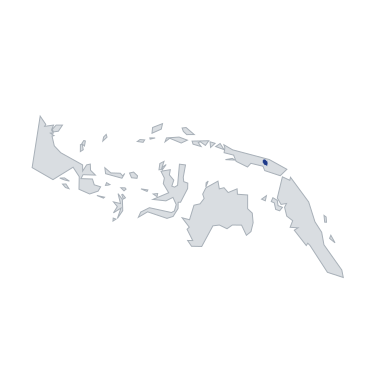 location of Ciamis, Jawa Barat, Indonesia, rotated 188°
{"feature_id": "22746128B17121530580660", "entity_name": "Ciamis", "entity_type": "district", "adm_level": 2, "iso_a3": "IDN", "parent_name": "Indonesia", "parent_adm1": "Jawa Barat", "projection": "robinson", "projection_center": [108.425, -7.311], "detail": "fine", "context": "in_parent", "style": "filled", "palette": "blue", "viewbox_px": 384, "rotation_deg": 188, "n_neighbors": 0, "source": "geoboundaries", "source_scale": "gbopen_adm2", "svg_char_len": 5124}
<svg xmlns="http://www.w3.org/2000/svg" viewBox="0 0 384 384"><g transform="rotate(188 192 192)"><path d="M132.1,156.7L138.3,166.1L147.5,164.9L152.2,160.5L160.3,163.1L166.6,161.4L174.8,139.4L184.9,138.2L189.6,143.4L184.5,144.0L191.7,154.4L189.8,156.8L198.2,165.1L190.6,164.2L188.2,179.2L182.4,181.4L179.1,187.3L181.1,191.4L178.9,198.0L167.8,206.4L165.4,198.9L160.9,200.7L156.1,196.5L147.8,201.4L146.7,196.1L136.5,196.8L134.6,183.2L129.4,179.5L127.2,170.1L128.1,161.0L132.1,156.7ZM30.3,128.4L46.7,131.3L67.7,155.5L70.2,157.4L71.4,154.9L85.4,168.4L82.0,171.3L89.9,170.7L88.3,177.6L94.8,181.3L98.2,189.8L96.8,193.8L102.1,192.1L106.7,197.9L104.6,219.6L96.8,217.2L96.5,220.3L75.1,198.4L66.1,179.6L58.0,170.2L54.0,158.1L32.8,135.6L30.3,128.4ZM353.7,193.9L352.9,246.0L346.2,238.6L347.1,236.5L338.4,239.0L339.8,233.8L337.5,231.1L338.3,230.7L339.7,230.9L340.5,230.6L336.5,228.6L338.4,227.9L334.8,218.5L327.4,212.6L304.1,203.6L303.2,197.5L300.1,204.2L296.6,205.5L295.5,199.4L290.0,195.3L302.3,194.0L303.8,189.8L292.4,191.0L289.8,185.5L283.2,184.4L285.1,179.8L293.1,175.8L304.3,179.0L305.8,191.5L313.2,200.0L331.4,184.9L353.7,193.9ZM240.0,165.0L232.0,170.5L209.5,168.8L206.8,170.8L205.9,177.4L210.1,184.0L216.6,179.6L229.7,179.2L215.0,188.0L221.6,196.3L221.3,202.0L225.6,208.2L216.6,211.1L216.8,205.8L211.7,201.2L212.8,195.0L210.0,194.4L207.2,196.6L208.3,217.8L202.2,217.9L202.7,205.3L201.6,201.1L197.4,200.2L196.8,194.8L201.9,180.3L204.3,179.9L203.5,173.7L207.3,165.2L213.1,162.4L233.2,166.2L241.6,159.5L240.0,165.0ZM106.9,220.4L122.9,223.3L125.3,227.4L137.7,228.6L140.5,224.5L152.6,228.5L155.9,234.3L165.7,235.4L165.6,240.3L167.0,243.2L157.6,239.4L120.0,234.9L101.2,227.7L106.9,220.4ZM260.1,166.2L266.9,160.4L263.9,167.1L268.4,171.3L261.2,170.6L265.0,180.1L259.9,174.9L258.0,163.9L262.2,155.4L260.1,166.2ZM263.3,195.9L280.1,198.1L281.7,203.9L275.0,199.6L265.6,200.6L262.9,198.3L261.2,201.0L263.3,195.9ZM224.8,242.0L212.4,244.6L203.8,242.7L209.5,239.0L221.5,242.1L225.7,237.9L224.8,242.0ZM189.3,238.3L197.6,239.5L199.0,242.4L182.5,245.1L185.2,240.0L190.8,242.9L192.7,241.8L189.3,238.3ZM239.8,244.6L240.0,250.4L230.7,255.6L231.2,250.0L239.8,244.6ZM106.7,186.4L109.0,192.7L112.2,193.6L111.1,197.6L106.4,195.6L104.9,190.5L100.3,189.4L102.6,185.6L106.7,186.4ZM335.9,239.3L329.6,240.2L332.8,233.6L337.6,232.2L339.1,234.6L335.9,239.3ZM205.2,248.1L209.0,250.8L210.7,254.0L206.8,255.0L197.8,249.2L205.2,248.1ZM253.9,197.7L256.5,202.1L252.6,203.6L248.2,200.4L248.4,197.9L253.9,197.7ZM166.1,238.4L174.9,240.3L170.9,243.9L166.1,238.4ZM179.8,238.7L181.1,244.2L175.9,243.4L179.8,238.7ZM122.1,194.6L117.8,198.7L118.2,193.5L122.1,194.6ZM308.2,216.5L309.1,223.4L307.2,223.7L305.6,218.7L308.2,216.5ZM163.4,228.7L156.7,230.9L153.9,229.6L163.4,228.7ZM227.8,209.4L227.8,215.7L224.0,218.4L225.5,210.0L227.8,209.4ZM43.3,161.6L49.3,165.2L48.5,168.5L43.3,161.6ZM58.0,187.2L55.7,185.9L54.6,180.8L56.4,180.6L58.0,187.2ZM285.0,237.1L283.8,234.5L287.4,230.0L287.2,234.1L285.0,237.1ZM278.8,173.6L285.7,175.3L277.9,174.7L278.8,173.6ZM236.6,186.3L243.0,188.0L236.0,187.9L236.6,186.3ZM224.8,212.5L221.4,215.6L224.4,210.0L224.8,212.5ZM314.3,178.2L317.9,178.8L321.3,181.8L318.0,182.4L314.3,178.2ZM253.2,234.4L250.8,236.7L246.1,237.0L247.3,234.4L253.2,234.4ZM307.9,224.6L306.3,227.9L304.7,227.7L304.9,222.6L307.9,224.6ZM263.1,186.3L258.9,186.8L257.7,185.7L259.5,183.7L263.1,186.3ZM314.9,185.7L320.0,186.2L324.9,187.4L320.2,188.2L314.9,185.7ZM226.0,182.5L230.2,184.6L225.8,185.7L226.0,182.5ZM266.4,155.2L263.5,154.6L266.2,152.2L266.4,155.2ZM236.0,240.4L240.8,238.5L241.3,239.7L236.0,240.4ZM278.6,186.5L277.9,189.4L274.3,187.9L276.1,187.1L278.6,186.5ZM179.3,203.1L177.5,205.1L179.0,199.0L179.3,203.1ZM259.0,175.5L261.2,179.5L260.3,180.1L257.1,177.0L259.0,175.5Z" fill="#d9dde1" stroke="#a8b0b8" stroke-width="1"/><path d="M123.3,229.7L123.2,229.6L122.9,229.6L123.0,229.6L122.9,229.6L122.7,229.6L122.4,229.6L122.2,229.6L121.9,229.6L121.7,229.5L121.8,229.6L122.0,229.7L122.0,229.8L122.0,229.7L122.1,229.8L122.0,230.0L121.9,230.2L122.0,230.3L121.9,230.3L122.0,230.3L121.9,230.3L121.9,230.5L121.9,230.8L121.9,231.0L121.9,231.3L122.0,231.4L122.2,231.5L122.3,231.6L122.5,231.7L122.5,231.8L122.6,231.7L122.6,231.8L122.6,231.7L122.7,231.8L122.7,231.7L122.7,231.8L122.8,231.8L123.0,231.9L123.3,231.9L123.3,232.0L123.3,231.9L123.3,232.0L123.3,232.4L123.5,232.4L123.5,232.5L123.5,232.9L123.5,233.0L123.8,233.2L123.9,233.3L124.0,233.3L124.3,233.3L124.2,233.4L124.2,233.5L124.3,233.6L124.5,233.6L124.8,233.5L125.0,233.5L125.0,233.4L125.2,233.0L125.1,232.9L125.3,232.7L125.3,232.8L125.5,232.8L125.4,232.8L125.5,232.8L125.6,232.7L125.5,232.4L125.4,232.3L125.4,232.2L125.3,231.9L125.2,231.9L125.1,232.2L124.9,232.2L124.9,232.3L124.8,232.2L124.7,232.2L124.7,232.3L124.6,232.5L124.5,232.4L124.4,232.4L124.2,232.3L124.0,232.2L123.9,232.2L123.9,231.9L124.0,231.9L124.3,231.9L124.5,231.7L124.4,231.7L124.5,231.7L124.5,231.4L124.6,231.2L124.7,230.9L124.6,230.7L124.4,230.6L124.2,230.5L124.3,230.5L124.2,230.5L124.2,230.4L124.3,230.5L124.2,230.4L124.2,230.2L123.9,230.1L123.7,230.0L123.6,229.9L123.4,229.8L123.4,229.7L123.3,229.7Z" fill="#3b82f6" stroke="#1e3a8a" stroke-width="1.5"/></g></svg>